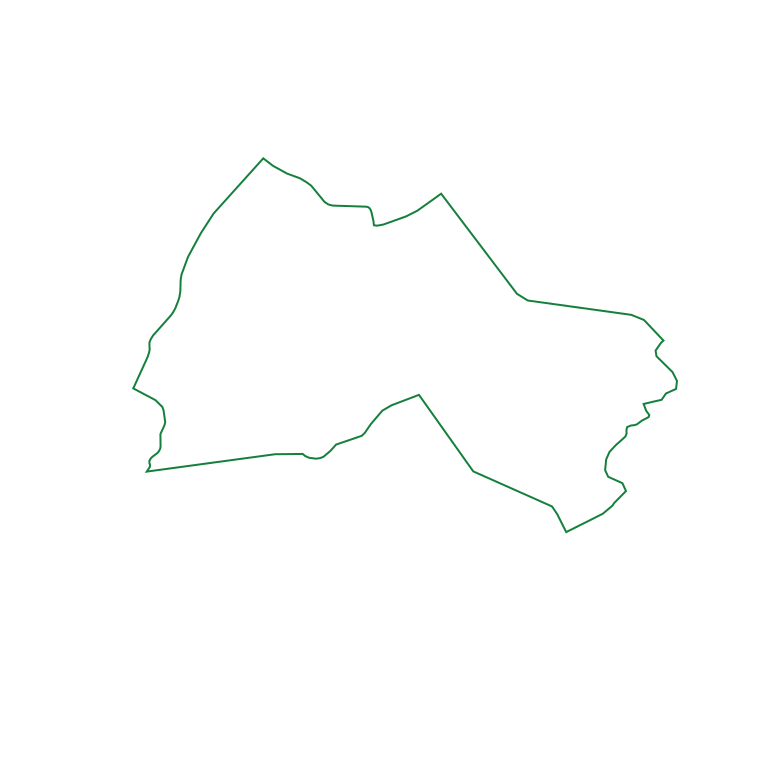 Fromager, Natural Earth projection, rotated 46°
{"feature_id": "CIV-3445", "entity_name": "Fromager", "entity_type": "Region", "adm_level": 1, "iso_a3": "CIV", "parent_name": "Ivory Coast", "parent_adm1": "", "projection": "natural_earth1", "projection_center": [-5.843, 6.159], "detail": "fine", "context": "isolated", "style": "outline", "palette": "green", "viewbox_px": 768, "rotation_deg": 46, "n_neighbors": 0, "source": "natural_earth", "source_scale": "10m", "svg_char_len": 1557}
<svg xmlns="http://www.w3.org/2000/svg" viewBox="0 0 768 768"><g transform="rotate(46 384 384)"><path d="M518.6,152.5L546.2,152.8L546.9,152.8L546.8,156.1L548.6,165.4L553.3,168.7L575.9,168.2L585.3,171.1L590.4,177.3L586.7,187.8L588.2,195.3L584.0,202.2L578.7,211.1L585.4,214.0L590.6,214.7L591.6,216.7L589.5,223.9L588.7,230.1L587.6,232.4L585.4,235.2L583.9,239.0L585.6,241.7L588.2,244.0L589.5,246.9L589.0,259.8L589.5,269.0L592.6,276.6L599.6,284.8L606.5,287.2L621.0,281.4L629.1,284.3L629.5,301.1L630.2,304.1L629.3,316.8L617.1,355.8L597.9,349.8L588.8,348.2L508.9,380.5L416.1,366.4L404.5,393.5L402.0,403.8L403.7,421.3L405.8,431.6L405.8,436.0L394.3,460.5L394.9,469.2L394.3,478.2L392.9,481.4L390.6,484.7L384.9,489.2L381.1,490.7L377.8,491.1L358.8,511.2L282.2,615.5L281.0,610.1L279.9,608.6L277.8,607.6L276.2,606.0L275.4,602.8L275.6,600.0L276.3,594.7L275.9,592.2L275.1,590.0L273.8,588.2L264.7,579.6L261.2,570.6L259.5,567.9L249.7,560.8L246.6,559.4L236.9,559.6L213.0,567.4L200.5,535.6L198.3,531.3L196.3,528.5L194.6,527.1L191.3,524.0L189.9,521.1L188.7,516.6L186.6,489.6L185.9,485.8L184.6,481.6L181.3,474.4L179.3,470.7L176.0,466.3L170.6,460.7L169.5,459.7L167.1,457.0L164.5,453.4L156.4,436.6L148.3,411.0L143.0,388.2L137.8,314.1L150.0,312.3L165.2,307.6L177.8,301.5L185.0,299.6L190.9,298.6L211.7,300.3L216.2,299.3L220.0,297.0L244.1,273.6L245.8,272.5L247.8,272.3L249.9,272.8L251.9,273.8L259.6,278.5L262.8,281.0L265.4,278.9L268.8,273.8L278.8,251.6L282.5,239.7L286.8,210.7L411.5,225.7L423.8,222.6L506.0,158.1L518.6,152.5Z" fill="none" stroke="#15803d" stroke-width="2"/></g></svg>